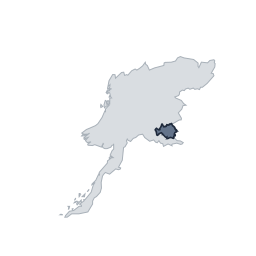 Kengtung, Shan, Myanmar (highlighted), rotated 46°
{"feature_id": "60261553B37663404803056", "entity_name": "Kengtung", "entity_type": "district", "adm_level": 2, "iso_a3": "MMR", "parent_name": "Myanmar", "parent_adm1": "Shan", "projection": "orthographic", "projection_center": [99.278, 21.371], "detail": "fine", "context": "in_parent", "style": "filled", "palette": "slate", "viewbox_px": 256, "rotation_deg": 46, "n_neighbors": 0, "source": "geoboundaries", "source_scale": "gbopen_adm2", "svg_char_len": 7373}
<svg xmlns="http://www.w3.org/2000/svg" viewBox="0 0 256 256"><g transform="rotate(46 128 128)"><path d="M165.9,115.2L163.4,113.9L161.5,115.1L158.6,114.6L158.9,117.2L157.3,118.0L154.4,117.8L152.6,121.6L146.6,122.6L142.6,121.8L140.4,125.2L140.2,129.1L139.1,131.4L139.5,135.5L136.9,136.5L135.4,136.2L136.2,138.1L138.2,138.9L139.4,143.1L139.0,144.8L147.2,154.5L149.6,162.1L151.6,161.0L152.2,161.8L151.4,163.8L148.9,165.3L148.4,173.3L144.3,175.2L144.4,177.9L144.9,179.8L148.5,185.1L152.7,188.8L155.0,192.7L155.4,198.3L154.8,200.7L155.9,204.1L158.1,206.3L160.5,215.2L155.6,223.0L150.6,228.2L149.9,233.6L148.3,235.4L147.6,233.7L147.2,228.0L149.6,224.4L150.4,217.4L152.0,215.9L151.2,215.2L149.2,215.7L149.9,210.0L148.8,209.8L149.7,208.6L148.6,199.1L144.8,192.4L144.3,189.5L143.7,193.4L143.3,192.7L143.2,187.4L141.0,181.7L141.3,181.2L142.3,181.7L141.3,180.4L140.6,180.6L139.9,179.2L138.9,167.3L137.4,165.6L138.0,160.5L139.1,159.2L135.1,159.7L133.3,155.3L133.2,152.9L129.4,149.3L130.0,150.4L129.3,151.6L129.9,153.6L128.3,157.4L126.6,159.1L124.5,159.7L122.8,158.6L122.5,156.6L121.8,156.6L123.3,160.4L116.9,163.5L115.9,165.8L112.6,168.7L111.6,168.2L112.2,164.2L110.2,167.4L107.5,167.4L107.1,163.1L105.9,165.6L104.4,166.3L105.0,159.2L104.5,161.2L101.9,164.0L99.5,164.8L100.2,159.0L103.7,149.8L104.0,146.7L102.4,139.3L99.7,132.9L100.6,132.8L98.7,131.0L98.5,126.3L97.3,128.0L97.1,130.9L94.7,129.3L92.4,125.2L93.4,124.8L96.1,126.8L97.6,125.8L98.1,124.5L93.9,120.4L95.0,118.9L93.6,118.8L90.1,116.8L89.0,117.1L89.4,118.8L88.6,119.3L87.3,116.7L88.4,115.4L87.5,115.4L88.2,113.1L87.8,112.8L86.0,115.7L85.1,115.0L86.2,113.5L85.8,112.6L84.3,110.8L84.4,113.9L80.8,108.8L78.9,101.9L80.6,100.3L83.5,102.4L83.6,94.1L84.9,92.3L87.8,93.9L88.7,91.9L89.9,91.4L89.4,85.6L90.5,81.9L92.5,81.4L93.1,78.4L93.5,74.4L92.7,69.9L94.5,71.0L96.5,70.7L101.2,72.4L103.2,67.2L107.9,58.8L106.3,56.8L106.7,55.6L110.7,51.2L112.8,47.3L112.0,43.6L113.0,40.7L116.5,39.0L124.3,33.2L130.0,32.5L132.3,34.8L133.8,35.1L131.6,29.5L136.4,25.5L136.3,22.2L138.6,18.8L139.9,18.9L141.0,20.6L142.2,20.6L144.4,23.2L146.4,30.1L148.0,28.9L150.1,29.9L150.9,40.1L150.4,46.1L149.1,47.5L150.0,49.9L148.0,50.8L146.6,53.1L144.6,53.3L143.1,56.6L141.1,57.0L139.9,59.6L140.2,61.5L138.5,62.6L137.9,65.9L139.3,67.3L139.8,69.1L138.2,72.8L139.5,72.9L145.2,70.5L149.1,71.0L151.9,70.4L150.1,72.9L151.8,76.2L152.1,81.3L158.1,82.8L159.1,84.1L157.8,85.7L155.7,93.9L163.6,95.0L163.9,98.2L165.6,99.3L165.8,101.1L166.9,101.7L171.2,101.5L173.7,99.3L176.9,98.4L177.1,100.2L176.4,101.5L172.8,103.4L170.4,107.2L170.3,108.0L171.4,108.7L167.3,110.3L165.9,115.2ZM95.0,123.0L97.5,124.6L97.0,125.8L95.3,125.8L94.2,123.7L95.0,123.0ZM145.5,204.7L147.2,207.1L145.5,208.7L145.5,204.7ZM94.4,133.3L93.1,132.4L92.2,131.1L95.0,131.2L94.4,133.3ZM147.9,214.9L148.0,218.0L146.9,217.7L146.2,215.1L147.9,214.9ZM103.3,164.9L101.5,166.9L101.3,165.2L103.8,162.7L103.3,164.9ZM137.4,162.9L136.3,162.2L136.2,160.4L137.0,159.9L137.7,160.8L137.4,162.9ZM144.4,218.7L144.2,217.6L145.3,215.1L145.1,217.3L144.4,218.7ZM143.8,224.4L145.2,226.8L145.0,227.2L143.6,225.4L142.8,225.5L143.8,224.4ZM148.9,213.1L147.4,213.8L147.3,211.7L148.9,213.1ZM145.2,235.2L143.2,237.2L143.4,236.1L145.2,235.2ZM86.8,117.0L87.5,119.6L86.4,116.5L86.8,117.0ZM145.6,199.8L145.5,201.7L145.0,198.6L145.6,199.8ZM92.6,119.0L92.8,120.6L91.8,118.3L92.6,119.0ZM143.5,210.9L142.3,209.9L142.7,209.2L143.3,209.4L143.5,210.9ZM142.7,208.1L141.9,209.4L141.2,208.6L141.8,208.0L142.7,208.1ZM142.8,215.7L142.8,216.8L142.0,214.2L142.8,215.7ZM106.0,167.3L105.2,167.3L106.3,166.0L106.4,166.5L106.0,167.3ZM148.1,224.7L147.4,224.5L147.9,223.2L148.1,224.7Z" fill="#d9dde1" stroke="#a8b0b8" stroke-width="1"/><path d="M148.1,109.6L148.5,109.7L148.7,109.9L148.9,110.1L149.1,110.1L149.3,109.9L149.5,110.0L149.9,110.0L150.1,109.9L150.2,110.0L150.3,110.2L150.3,110.3L150.4,110.5L150.5,110.5L150.5,110.4L151.0,110.7L151.2,110.8L151.3,110.8L151.4,111.0L151.5,111.0L151.8,111.2L151.9,111.4L152.0,111.5L152.5,111.7L152.6,111.8L152.8,112.1L153.0,112.1L153.5,112.1L153.8,111.9L153.8,111.6L153.8,111.4L153.8,111.2L154.0,110.9L154.0,110.7L154.0,110.3L153.9,110.2L153.9,109.9L153.8,109.7L153.7,109.7L153.8,109.2L154.0,108.9L154.1,108.6L154.1,108.2L154.3,108.1L154.4,107.9L154.4,107.7L154.5,107.6L154.5,107.4L154.6,107.2L154.8,107.2L155.0,107.3L155.2,107.2L155.4,107.3L155.5,107.2L155.8,107.2L156.3,107.3L156.4,107.2L156.7,107.3L156.8,107.4L156.8,107.5L156.9,107.4L157.0,107.5L157.3,107.5L157.5,107.5L157.7,107.3L158.0,107.4L158.4,107.3L158.8,107.4L160.4,107.4L160.6,107.4L160.9,107.2L161.1,107.0L161.3,106.9L161.6,106.5L161.6,106.4L161.8,106.6L162.0,106.7L162.3,107.0L162.5,107.1L162.8,107.2L162.8,107.3L162.9,107.2L163.1,107.0L163.2,106.7L163.3,106.5L163.4,106.4L163.5,106.3L163.5,106.0L163.6,105.9L163.5,105.6L163.7,105.3L163.7,105.1L163.8,104.8L164.0,104.6L164.1,104.4L164.3,104.2L164.2,104.2L164.3,103.9L164.5,103.9L164.7,103.7L164.9,103.7L165.1,103.4L165.3,103.3L165.4,103.2L165.5,103.2L165.8,103.1L166.0,103.1L166.3,103.0L166.6,102.8L166.6,102.7L166.8,102.7L167.0,102.6L167.0,102.4L166.9,102.3L167.0,102.2L166.9,102.0L166.9,101.9L166.7,101.9L166.4,101.7L166.4,101.4L166.2,101.3L165.9,101.1L165.9,100.8L165.8,100.6L165.9,100.4L165.7,100.2L166.0,99.9L166.0,99.7L166.4,99.5L166.4,99.4L166.2,99.1L165.9,98.9L165.7,98.8L165.5,99.0L165.3,99.0L165.1,99.1L165.1,99.3L165.0,99.2L164.9,99.2L164.9,98.9L164.7,99.0L164.4,98.8L164.3,98.7L164.2,98.4L164.2,98.2L164.0,97.7L163.9,97.6L163.9,97.4L163.9,97.2L163.9,96.9L164.1,96.8L164.1,96.7L164.1,96.4L164.3,96.3L164.3,96.2L164.4,95.8L164.5,95.7L164.4,95.5L164.3,95.3L164.2,95.1L164.0,94.9L164.2,94.7L163.9,94.7L163.6,94.7L163.2,94.5L163.1,94.8L163.0,95.0L162.9,95.1L162.7,95.0L162.7,94.9L162.4,94.7L162.1,94.7L161.9,94.5L161.7,94.5L161.4,94.6L161.5,94.7L161.5,94.8L161.4,94.9L161.2,94.9L161.2,94.5L160.9,94.5L160.8,94.3L160.7,94.2L160.4,94.2L160.1,94.0L159.8,94.2L159.7,94.0L159.4,94.1L159.0,94.0L159.0,93.9L158.9,93.9L158.6,93.9L158.5,94.0L158.4,94.1L158.2,94.1L157.9,94.2L157.6,94.1L157.5,94.3L157.3,94.2L157.2,94.2L157.1,94.3L157.0,94.2L156.9,94.2L156.7,94.1L156.3,94.0L155.9,93.9L155.5,93.6L155.4,93.6L155.0,93.5L154.9,93.6L154.9,93.8L155.1,93.9L155.2,94.0L154.9,94.0L154.7,94.1L154.6,94.5L154.6,95.0L154.4,95.0L154.0,95.3L153.9,95.4L153.9,95.5L154.1,95.7L154.1,95.9L154.3,96.0L154.3,96.3L154.2,96.3L154.0,96.7L154.0,97.0L153.9,97.1L153.7,96.9L153.6,97.0L153.3,97.2L153.2,97.4L152.8,97.5L152.6,97.7L152.7,97.8L152.7,98.0L152.9,98.1L153.0,98.3L153.1,98.6L153.0,98.8L153.2,99.2L153.1,99.3L153.3,99.5L153.1,99.7L153.0,99.9L152.9,99.9L152.9,100.2L152.7,100.2L152.7,100.3L152.6,100.5L152.3,100.6L152.3,100.9L152.4,101.0L152.2,101.4L152.0,101.5L151.7,101.4L151.1,101.2L150.8,101.1L150.5,101.1L150.3,101.1L150.1,101.0L149.9,100.9L149.6,100.7L149.4,100.6L149.2,100.6L148.8,100.7L148.8,100.8L148.7,100.9L148.7,101.0L148.8,101.3L149.0,101.6L149.1,101.9L149.3,102.1L149.4,102.3L149.7,102.4L149.8,102.5L149.9,102.8L149.9,103.2L149.8,103.3L149.9,103.5L150.0,103.6L150.1,103.8L150.2,104.2L150.3,104.3L150.3,104.5L150.3,105.0L150.3,105.3L150.5,105.6L150.8,105.8L151.2,106.0L151.4,106.2L151.4,106.3L150.9,107.0L150.6,107.3L150.2,107.3L150.1,107.2L149.9,107.2L149.7,107.2L149.6,107.3L149.3,107.6L149.0,107.6L148.9,107.7L148.6,107.6L148.4,107.6L148.1,107.6L148.1,107.8L147.9,108.0L147.9,108.4L147.9,108.5L148.0,108.7L148.0,108.8L148.0,109.1L148.0,109.5L148.1,109.6Z" fill="#64748b" stroke="#1e293b" stroke-width="1.5"/></g></svg>